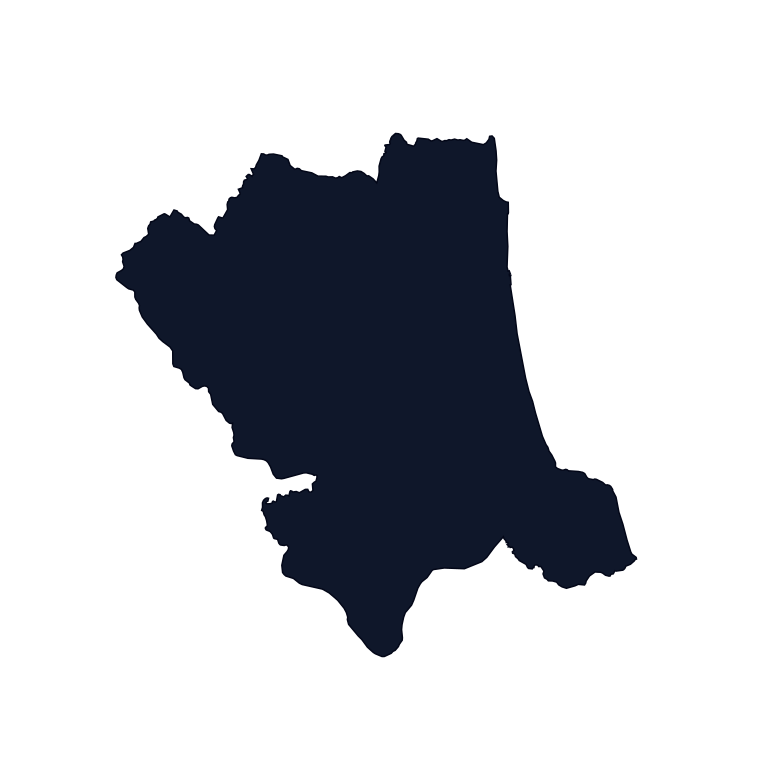 San Juan De Urabá, Antioquia, Colombia, rotated 103°
{"feature_id": "7082276B41471862384078", "entity_name": "San Juan De Urabá", "entity_type": "district", "adm_level": 2, "iso_a3": "COL", "parent_name": "Colombia", "parent_adm1": "Antioquia", "projection": "orthographic", "projection_center": [-76.53, 8.711], "detail": "fine", "context": "isolated", "style": "filled", "palette": "ink", "viewbox_px": 768, "rotation_deg": 103, "n_neighbors": 0, "source": "geoboundaries", "source_scale": "gbopen_adm2", "svg_char_len": 6168}
<svg xmlns="http://www.w3.org/2000/svg" viewBox="0 0 768 768"><g transform="rotate(103 384 384)"><path d="M291.0,647.0L293.8,648.9L295.3,650.8L299.7,652.9L302.7,656.9L303.0,658.2L307.2,658.8L311.0,661.7L315.1,667.7L317.2,668.9L319.0,667.2L321.3,666.3L323.7,666.2L327.8,663.7L330.3,663.8L332.4,665.3L335.7,669.0L338.1,669.4L340.5,669.2L342.5,667.8L347.8,656.5L348.7,654.2L348.9,649.3L350.4,647.5L355.3,646.3L357.4,644.9L360.5,641.3L362.5,639.9L364.9,639.7L367.2,638.9L373.1,634.6L378.9,627.9L386.6,617.0L390.0,613.5L392.5,609.0L396.1,600.8L399.3,597.3L411.8,594.3L414.2,592.7L414.6,586.9L415.4,584.6L417.9,582.7L422.9,580.3L424.6,578.8L426.9,573.8L428.6,572.8L429.6,570.3L430.9,566.6L430.5,564.1L427.2,560.5L426.3,558.7L426.1,556.3L427.5,554.1L431.0,553.1L433.0,550.6L442.4,546.3L448.0,538.9L448.1,536.6L449.0,534.7L455.0,529.6L456.9,525.8L456.9,524.0L456.2,522.7L460.6,522.2L465.1,519.5L467.6,518.6L470.1,518.7L473.8,517.1L476.6,518.5L478.5,518.4L483.2,515.5L486.3,512.9L486.8,511.0L487.0,499.9L484.7,486.5L484.7,483.9L485.3,481.3L486.7,479.2L490.3,475.9L496.8,471.6L499.9,467.6L499.4,462.5L498.4,460.2L488.7,442.2L488.0,439.6L488.1,432.2L488.6,432.2L488.7,431.2L487.8,429.7L488.2,428.8L490.0,428.3L494.0,428.4L495.4,429.9L497.5,431.3L503.7,429.3L505.6,430.6L506.1,432.0L505.7,433.1L503.8,434.6L504.4,437.0L509.0,442.0L508.5,445.3L509.8,448.7L509.1,449.7L509.1,451.1L510.1,451.5L514.5,451.5L514.1,452.8L514.4,454.8L516.5,456.2L516.1,459.6L515.2,460.3L515.2,461.9L516.0,462.7L522.7,462.4L523.6,463.4L523.0,465.6L523.6,466.2L525.1,466.2L526.3,468.0L527.1,471.2L526.8,472.2L525.4,472.2L524.3,470.8L521.3,470.8L521.3,472.3L522.3,473.8L524.4,475.2L527.1,475.7L531.5,474.6L534.7,474.8L535.2,473.1L538.4,471.4L540.0,469.7L543.6,467.6L547.5,466.0L549.1,466.0L550.4,467.2L551.6,467.0L552.7,465.9L553.3,461.9L554.3,460.4L555.7,458.8L558.9,456.9L559.3,456.1L559.3,452.7L562.7,450.7L563.8,449.4L564.1,448.5L563.8,444.9L562.6,442.8L564.1,440.3L566.6,440.0L569.0,440.7L573.4,443.0L583.6,442.8L590.5,440.4L592.1,438.5L593.2,436.4L593.8,428.5L597.1,421.7L597.8,418.6L597.7,397.9L599.9,390.4L605.1,380.5L611.4,372.5L615.1,369.3L619.3,366.9L621.8,366.7L626.2,364.4L635.3,352.4L637.9,348.2L644.2,340.9L648.0,334.0L648.8,331.7L650.0,324.6L649.4,322.3L644.8,316.4L642.5,315.1L641.0,313.2L636.6,310.9L634.2,310.5L629.5,308.6L627.0,309.0L619.4,311.6L614.4,312.3L606.8,312.4L601.9,311.8L593.3,307.4L588.0,306.4L575.3,305.1L570.5,303.7L568.1,302.6L562.9,298.5L554.6,295.1L553.6,293.9L549.7,283.9L545.9,264.1L535.1,248.7L529.8,244.9L517.9,239.7L505.9,233.3L507.7,232.3L509.3,230.0L511.0,229.2L510.6,227.6L511.8,227.1L512.8,227.9L513.5,226.5L514.8,226.3L514.2,225.1L514.9,224.3L514.1,222.4L515.4,220.6L516.4,220.4L516.8,219.8L518.6,221.2L519.9,220.6L520.2,218.4L522.6,217.0L524.1,214.1L525.6,212.5L527.8,205.0L530.5,202.8L531.2,201.6L530.8,198.0L530.1,198.0L529.2,196.6L527.4,196.8L526.2,195.9L525.9,193.5L527.1,192.2L526.5,190.1L530.3,186.1L533.3,186.3L536.8,184.0L537.6,181.2L538.8,179.6L538.0,175.5L538.2,171.2L540.4,168.6L541.6,164.9L542.0,160.3L537.7,152.5L535.5,149.6L534.7,143.4L532.7,142.7L530.4,142.7L524.8,140.6L519.7,136.1L518.7,130.6L519.0,128.6L520.5,125.2L520.6,121.5L520.1,120.4L518.4,120.2L517.4,117.9L513.9,117.0L514.1,115.8L511.7,109.5L511.1,108.8L509.6,107.9L507.0,107.3L504.2,103.3L500.2,100.4L498.4,99.7L497.8,98.6L496.2,99.3L494.0,104.2L492.1,105.8L481.4,112.1L466.9,119.7L456.2,126.2L442.0,132.5L436.7,137.1L435.3,137.5L432.8,140.0L432.1,141.6L432.0,143.5L432.6,145.4L430.7,148.8L429.1,155.7L429.2,157.3L430.1,158.6L430.3,163.5L429.3,165.3L426.1,168.3L425.4,170.6L425.5,174.9L427.1,184.7L426.3,186.4L426.3,187.8L427.7,190.1L427.9,191.5L427.3,196.0L426.1,198.3L422.4,199.1L420.8,200.1L415.4,204.6L412.3,208.1L408.8,210.1L406.6,212.5L399.3,217.9L378.1,229.9L367.5,235.3L358.8,241.0L346.3,247.4L305.1,265.6L287.7,271.8L258.4,283.6L258.8,283.3L258.6,282.6L250.9,285.0L250.0,284.9L250.3,286.1L249.0,286.6L248.5,285.5L245.5,287.5L246.1,288.5L242.4,290.4L222.1,294.3L207.7,298.4L190.3,302.0L190.2,301.3L189.1,301.3L179.0,303.8L179.1,306.1L178.4,309.0L176.1,313.7L170.7,316.4L151.3,322.8L140.5,324.6L131.5,327.3L119.8,331.8L118.0,334.5L118.9,336.8L122.0,336.8L126.1,338.6L128.4,341.0L128.7,352.9L126.4,358.5L128.3,360.2L128.8,361.5L128.9,364.9L129.7,366.9L129.5,370.3L131.2,373.5L131.3,375.6L132.9,377.8L133.1,379.5L134.5,381.6L134.5,383.0L133.0,387.6L136.2,391.6L136.6,392.9L135.5,395.9L136.7,406.0L137.3,406.7L139.9,406.7L142.2,407.4L143.5,407.2L144.3,408.0L145.6,408.6L145.9,409.4L145.5,410.1L145.3,415.1L144.4,416.2L143.4,416.4L142.0,419.2L137.7,423.3L137.1,424.6L136.9,426.4L137.3,429.1L138.4,430.0L139.1,430.0L139.3,430.7L140.1,430.6L140.4,431.5L141.1,431.9L143.2,432.6L144.3,432.3L144.9,432.8L147.0,432.9L148.3,432.0L149.5,432.7L150.9,436.7L151.6,436.8L152.6,435.3L157.1,435.4L157.6,434.1L158.1,434.0L159.7,435.9L161.7,435.5L163.0,436.9L165.0,437.5L172.8,437.8L178.4,436.4L182.0,436.0L189.7,436.3L186.6,440.7L184.6,445.7L185.1,447.6L183.3,450.7L182.1,454.2L182.4,457.9L184.4,462.2L185.2,462.5L185.7,464.9L189.7,468.3L192.5,471.6L191.9,474.3L193.5,475.6L194.3,477.7L193.7,480.7L194.8,484.9L194.6,487.2L196.3,495.1L194.5,501.8L194.7,512.5L193.3,515.0L193.4,517.1L194.9,519.1L192.2,524.6L186.8,528.1L185.5,533.9L184.6,534.7L184.8,543.4L186.1,547.8L186.9,548.7L187.6,550.7L186.9,553.0L187.3,555.3L194.2,556.2L199.3,557.7L201.7,557.8L203.6,558.9L204.1,561.9L209.2,558.2L210.5,559.3L211.4,559.3L210.2,562.2L210.4,563.4L212.8,565.0L214.6,563.1L215.8,564.0L216.8,565.9L218.4,566.3L221.2,565.8L222.1,566.3L223.8,566.3L224.5,565.9L227.0,569.7L229.7,567.6L231.1,567.0L231.9,567.2L232.7,568.1L235.2,569.2L236.2,571.4L236.3,574.3L237.1,575.6L238.7,576.6L240.6,576.4L241.7,577.2L244.4,577.2L249.3,575.6L258.1,578.2L258.6,579.0L258.3,582.8L259.6,583.3L266.8,584.8L268.8,584.7L270.7,583.6L272.0,581.6L277.2,583.0L278.2,588.0L270.8,600.7L270.5,602.4L270.8,604.9L268.7,610.1L266.2,611.6L265.9,612.8L266.7,615.0L266.4,616.6L264.1,619.7L263.1,623.3L261.9,624.5L261.7,627.8L269.4,630.2L267.6,635.4L267.6,636.5L272.1,641.9L273.5,642.0L274.8,642.9L276.0,644.5L277.0,644.9L278.5,647.8L281.0,647.9L282.8,648.9L285.5,649.2L291.0,647.0Z" fill="#0f172a" stroke="#020617" stroke-width="1.5"/></g></svg>